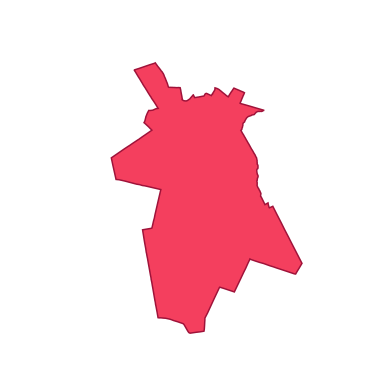 outline of Mereni, Teleorman, Romania, rotated 319°
{"feature_id": "2599482B71654647483987", "entity_name": "Mereni", "entity_type": "district", "adm_level": 2, "iso_a3": "ROU", "parent_name": "Romania", "parent_adm1": "Teleorman", "projection": "orthographic", "projection_center": [25.652, 44.232], "detail": "fine", "context": "isolated", "style": "filled", "palette": "rose", "viewbox_px": 384, "rotation_deg": 319, "n_neighbors": 0, "source": "geoboundaries", "source_scale": "gbopen_adm2", "svg_char_len": 5795}
<svg xmlns="http://www.w3.org/2000/svg" viewBox="0 0 384 384"><g transform="rotate(319 192 192)"><path d="M216.1,321.6L216.4,321.9L219.6,320.8L223.1,319.7L228.2,318.0L228.5,316.7L231.5,304.5L233.4,296.7L234.6,291.9L234.8,291.1L235.1,290.0L237.2,281.2L239.1,273.9L241.1,265.7L243.6,255.8L241.9,255.3L240.9,255.0L240.2,254.8L240.0,254.7L240.0,254.4L241.1,252.0L242.2,250.1L238.8,249.4L241.0,241.1L241.0,240.9L240.9,240.6L240.9,240.3L241.1,240.1L241.8,239.4L243.0,238.4L243.3,237.6L243.6,236.5L243.9,235.8L244.2,234.0L244.5,233.3L244.6,232.9L244.6,231.8L245.1,230.7L245.3,230.0L245.4,229.8L245.5,229.6L246.3,228.9L247.4,227.6L248.1,226.2L248.4,226.2L249.0,225.9L249.2,225.7L249.6,225.2L250.6,224.4L251.0,224.4L251.4,224.1L252.3,223.4L252.8,222.5L252.8,222.4L252.8,221.7L253.4,220.7L253.9,219.7L255.1,218.1L255.4,217.8L255.7,217.6L256.1,217.5L256.4,217.5L256.6,217.5L257.0,217.5L257.1,217.2L257.7,217.0L257.8,216.9L258.3,216.2L258.6,216.0L258.9,215.6L259.2,215.2L259.3,215.0L259.4,214.7L259.4,214.2L259.6,213.5L260.3,212.9L260.8,212.0L261.2,211.6L261.5,211.3L262.0,210.6L262.4,209.7L262.9,209.0L263.2,208.4L263.2,208.1L263.3,207.7L263.4,206.8L263.5,206.5L263.5,206.4L263.9,205.9L263.9,205.4L264.2,203.7L264.3,203.2L264.2,203.0L264.5,202.2L264.7,201.2L265.0,199.6L265.1,198.6L265.3,197.7L266.1,194.1L266.4,192.6L266.5,191.9L266.7,190.8L267.0,189.7L267.0,189.2L267.8,185.6L267.9,184.7L268.3,183.1L268.7,180.5L269.3,177.9L269.3,177.6L270.5,177.5L270.7,177.4L271.7,176.6L272.1,176.4L272.6,176.2L272.8,176.0L273.3,175.6L274.1,175.1L274.6,174.5L275.0,174.1L275.4,173.8L275.6,173.7L275.9,173.6L276.3,173.5L277.2,173.6L277.6,173.6L278.0,173.4L278.8,172.9L281.9,171.9L282.2,171.9L283.6,171.9L284.4,172.1L286.8,173.1L287.1,173.1L287.6,173.2L288.5,173.6L289.1,174.0L289.7,174.3L290.0,174.4L290.6,174.2L291.1,174.1L291.8,174.1L292.9,173.9L293.1,174.0L294.5,174.4L294.8,174.6L295.7,175.4L296.8,176.3L297.3,176.8L297.9,177.1L298.1,177.1L299.1,177.3L299.8,177.6L300.1,177.8L295.0,169.9L293.1,166.9L291.3,164.1L287.7,158.6L287.1,157.8L286.5,156.6L287.1,156.2L287.8,155.9L288.9,155.4L291.1,154.2L291.7,154.0L292.8,153.4L293.6,153.0L295.0,152.4L296.7,151.5L296.1,149.9L295.0,147.8L294.3,146.2L292.7,143.0L292.6,142.8L291.8,141.1L291.4,141.2L290.4,141.4L288.8,141.9L287.0,142.3L286.1,142.6L284.6,143.0L283.1,143.5L282.6,143.7L281.9,144.0L281.7,143.8L281.5,142.7L281.3,142.4L281.0,140.4L280.8,139.1L280.7,138.7L280.4,137.0L280.0,134.4L279.9,134.1L279.7,132.7L279.5,132.0L279.4,131.7L279.0,130.8L278.7,130.1L278.5,129.8L278.1,129.1L277.7,128.5L276.9,129.3L276.5,129.7L275.7,130.1L273.8,130.7L272.7,131.1L272.1,131.4L272.1,131.2L269.8,131.9L267.7,127.2L267.4,126.9L266.9,126.7L266.5,126.6L265.4,126.9L264.5,127.3L264.3,127.3L263.8,127.3L263.6,127.2L262.9,126.7L262.0,126.2L259.9,125.0L259.2,124.6L258.3,124.0L256.8,123.1L255.9,122.4L256.1,122.0L256.3,121.1L256.5,120.4L256.7,119.6L256.3,119.5L255.6,119.6L255.0,119.8L254.3,119.8L251.9,120.2L251.4,120.3L250.5,120.2L248.3,119.9L247.9,119.7L247.4,119.5L247.1,119.3L246.7,118.8L246.3,118.4L246.0,118.1L245.9,118.0L245.5,117.2L245.4,116.7L245.1,116.0L245.1,115.8L245.2,115.7L245.3,115.6L245.7,115.5L245.8,115.3L246.2,114.5L246.7,113.8L249.5,109.0L250.4,107.6L251.5,105.5L250.3,104.3L249.4,103.6L249.1,103.4L247.4,101.7L244.3,98.8L243.4,98.0L243.2,97.8L243.1,97.5L243.1,97.2L244.5,94.1L244.7,93.7L245.0,92.6L245.4,91.5L245.7,90.8L245.8,90.2L246.1,89.6L246.4,88.8L246.8,87.3L247.1,86.4L247.5,85.5L247.9,84.1L248.0,83.7L248.1,82.7L248.3,81.6L248.2,79.9L248.4,79.3L248.4,78.4L248.5,77.7L248.6,74.4L248.7,73.8L248.8,72.6L249.0,70.4L248.4,70.3L248.0,70.2L243.7,68.3L233.1,64.0L229.2,62.3L228.7,62.1L228.4,62.2L228.3,62.4L228.0,64.8L227.8,65.7L227.4,68.0L227.3,68.7L227.1,69.6L226.7,72.6L226.5,73.3L226.5,73.9L226.4,74.4L226.2,74.9L226.2,75.2L226.0,76.3L225.9,77.1L225.6,78.4L225.3,80.1L225.0,82.6L224.9,83.3L224.7,84.2L224.6,85.0L224.5,85.9L224.3,86.7L223.8,89.7L223.4,92.3L223.4,93.0L223.1,94.2L222.9,95.3L222.8,96.8L222.7,97.2L222.6,98.4L222.2,101.2L221.5,105.6L221.3,106.7L220.0,105.8L219.1,105.4L217.7,105.0L216.7,104.7L215.9,104.4L214.4,103.4L213.3,102.5L212.9,102.1L211.5,102.6L209.8,103.3L208.8,103.8L207.3,104.6L206.8,104.8L203.3,107.3L202.3,107.8L201.3,108.2L201.4,108.4L201.5,109.6L202.0,114.3L202.1,116.5L202.3,119.0L200.1,118.8L193.9,118.1L189.6,117.6L188.9,117.6L187.6,117.4L186.6,117.4L185.7,117.2L178.8,116.3L176.1,116.0L174.8,115.9L174.7,115.8L169.5,115.1L153.5,113.3L150.1,119.4L142.9,132.7L145.0,134.9L148.3,139.4L155.3,149.7L157.4,152.2L158.7,154.4L159.2,155.0L160.1,156.0L160.3,156.2L163.3,160.3L167.2,165.7L170.1,169.7L159.7,177.2L156.0,179.9L149.4,184.7L147.2,186.4L147.0,186.6L145.7,187.5L144.0,188.6L141.3,190.6L138.1,192.9L137.3,192.6L129.9,188.1L123.3,198.7L119.8,204.6L117.9,207.5L117.8,207.8L117.4,208.5L115.5,211.7L115.1,212.5L111.6,218.3L110.0,221.0L106.4,227.0L105.8,228.0L104.8,229.8L104.4,230.4L104.0,230.8L103.8,231.3L103.0,232.6L102.7,233.3L100.6,236.7L99.0,239.4L98.5,240.2L93.1,249.1L92.8,249.6L91.8,251.4L90.9,252.7L89.8,254.7L87.5,258.6L86.7,260.0L85.4,262.1L84.9,263.0L84.0,264.4L83.9,264.6L84.8,265.6L85.6,266.2L86.2,266.8L87.6,268.3L89.2,269.9L91.9,273.5L92.2,274.0L93.1,275.6L93.7,276.8L95.9,280.3L96.4,281.1L97.4,282.9L98.3,284.4L99.0,285.8L99.0,286.3L99.0,286.8L97.6,294.0L97.4,295.5L97.4,296.0L97.6,296.7L97.9,297.1L98.1,297.4L103.4,300.8L106.3,302.8L109.7,304.9L110.1,304.6L111.3,303.6L113.6,301.3L116.1,298.7L117.8,297.0L118.5,296.2L118.8,295.9L119.1,295.6L124.4,293.5L138.8,287.0L143.6,284.9L150.2,282.0L150.4,282.0L150.6,282.2L152.9,285.9L158.4,295.2L172.0,289.3L178.6,286.4L182.5,284.8L187.2,282.6L189.0,281.8L190.5,281.2L191.8,280.5L192.2,281.6L194.5,285.6L196.9,289.6L199.1,292.9L202.4,298.8L204.1,301.5L206.1,305.0L207.9,308.0L210.4,312.2L215.6,321.0L216.1,321.6Z" fill="#f43f5e" stroke="#9f1239" stroke-width="1.5"/></g></svg>